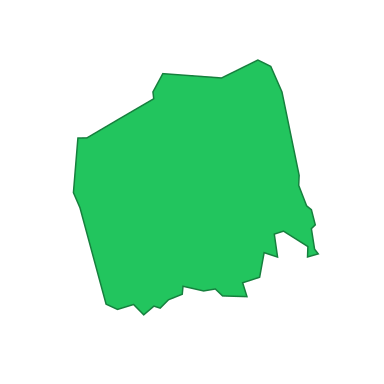 the district of Harrison, West Virginia, United States of America, rotated 242°
{"feature_id": "52423323B15878537434027", "entity_name": "Harrison", "entity_type": "district", "adm_level": 2, "iso_a3": "USA", "parent_name": "United States of America", "parent_adm1": "West Virginia", "projection": "albers", "projection_center": [-80.446, 39.285], "detail": "fine", "context": "isolated", "style": "filled", "palette": "green", "viewbox_px": 384, "rotation_deg": 242, "n_neighbors": 0, "source": "geoboundaries", "source_scale": "gbopen_adm2", "svg_char_len": 658}
<svg xmlns="http://www.w3.org/2000/svg" viewBox="0 0 384 384"><g transform="rotate(242 192 192)"><path d="M293.2,116.6L247.1,87.0L230.7,85.7L133.3,63.5L123.3,71.1L120.1,87.6L106.2,91.7L109.1,104.8L104.4,109.4L107.9,120.7L106.3,135.4L113.0,139.8L99.2,155.8L95.4,167.1L85.9,170.2L73.8,191.4L88.1,194.1L85.0,211.7L104.6,227.2L94.4,237.0L116.2,244.9L114.5,254.4L89.4,268.7L80.4,263.5L78.1,274.4L84.0,273.4L103.6,280.2L105.1,285.4L120.3,289.1L126.0,286.7L147.7,289.3L156.4,294.4L238.1,318.4L265.9,320.5L277.6,312.1L278.8,271.6L310.2,221.8L298.7,204.5L292.3,202.0L290.7,161.7L289.1,124.6L293.2,116.6Z" fill="#22c55e" stroke="#15803d" stroke-width="1.5"/></g></svg>